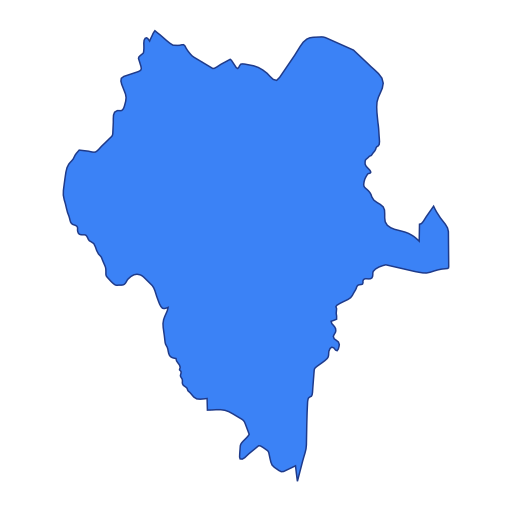 the State of Durango
{"feature_id": "MEX-2710", "entity_name": "Durango", "entity_type": "State", "adm_level": 1, "iso_a3": "MEX", "parent_name": "Mexico", "parent_adm1": "", "projection": "natural_earth1", "projection_center": [-104.93, 24.579], "detail": "fine", "context": "isolated", "style": "filled", "palette": "blue", "viewbox_px": 512, "rotation_deg": 0, "n_neighbors": 0, "source": "natural_earth", "source_scale": "10m", "svg_char_len": 5980}
<svg xmlns="http://www.w3.org/2000/svg" viewBox="0 0 512 512"><path d="M82.0,234.8L80.4,234.6L79.2,234.1L78.3,233.1L77.7,231.4L77.5,230.0L77.6,228.7L77.5,227.4L76.8,226.2L75.5,225.4L72.7,224.4L71.5,223.5L70.6,222.1L70.0,220.2L69.5,218.1L69.0,216.4L67.5,212.4L66.4,208.1L65.4,203.8L64.2,199.7L63.3,195.1L63.4,190.4L64.0,185.7L64.6,181.1L65.2,176.9L65.9,172.2L67.0,167.7L68.8,164.1L70.3,162.3L71.8,160.7L73.2,159.0L75.2,155.0L76.4,153.3L79.2,150.1L88.6,151.2L90.2,151.6L92.1,152.0L93.9,152.2L95.5,152.0L97.1,150.9L98.8,149.3L100.4,147.5L101.8,146.0L108.0,140.0L109.5,138.5L110.8,137.3L111.8,136.3L112.5,135.1L112.8,133.4L113.3,122.5L113.3,118.7L113.5,115.1L114.6,112.2L117.3,110.6L118.8,110.6L120.3,110.7L121.7,110.5L123.0,109.3L123.9,107.6L124.6,105.4L125.7,101.2L126.1,97.6L125.5,94.1L124.2,90.7L121.7,84.3L120.9,81.1L121.3,78.3L123.9,76.4L138.3,71.6L139.9,70.8L140.9,69.9L141.3,68.7L141.0,66.6L140.4,64.6L139.8,62.6L138.5,58.5L138.8,57.1L140.2,55.6L143.1,53.3L143.5,52.5L143.7,51.2L143.9,48.7L143.9,46.2L143.8,43.2L144.1,40.3L145.2,38.3L146.6,37.8L147.7,38.5L148.7,39.8L149.6,41.1L150.4,39.2L152.2,35.5L153.0,33.6L153.5,32.8L153.9,32.1L154.9,30.7L156.2,31.8L157.4,32.8L160.0,34.8L163.1,37.5L166.4,40.4L169.7,43.1L173.0,45.2L177.4,45.4L179.6,45.3L181.6,44.8L183.6,44.7L185.0,46.0L186.1,48.2L187.5,50.4L189.0,52.4L190.5,54.2L192.1,55.9L193.9,57.2L212.8,68.5L214.4,68.3L216.8,67.0L220.9,64.3L230.2,59.3L231.4,60.3L233.2,63.0L236.3,67.7L237.7,68.5L238.8,67.3L239.8,65.4L240.9,64.1L242.7,63.9L244.8,64.1L253.7,65.8L258.4,67.5L262.8,70.0L267.1,73.3L269.9,76.3L273.2,79.4L276.6,80.4L279.7,77.3L294.6,55.4L297.4,50.9L300.2,46.4L303.2,42.2L306.8,39.1L309.8,37.8L313.1,37.3L319.6,37.0L321.8,36.9L323.6,37.1L325.4,37.6L327.5,38.5L353.5,50.1L357.6,54.0L364.2,60.2L367.5,63.3L370.8,66.5L374.4,69.7L378.5,73.6L381.9,78.1L383.2,83.2L382.3,88.2L380.4,92.7L378.4,97.2L377.0,102.0L376.7,107.0L376.9,112.2L377.4,117.4L377.9,122.4L378.3,125.3L378.6,128.2L378.8,131.0L379.1,136.0L379.3,138.4L379.5,141.6L379.2,144.4L378.2,145.9L376.7,146.8L376.0,148.0L375.6,149.4L374.7,151.0L373.2,152.8L372.5,153.7L371.8,154.8L371.2,155.5L370.2,155.9L369.3,156.3L368.5,157.2L367.4,158.2L366.3,159.1L365.4,160.1L365.1,161.7L365.1,164.0L365.8,165.7L366.9,167.1L369.0,169.3L369.9,170.3L370.6,171.5L370.7,172.5L370.1,173.1L369.3,173.4L368.3,173.6L367.6,174.1L366.1,176.5L364.9,178.9L364.1,181.6L363.7,184.4L363.9,186.1L364.6,187.3L365.6,188.3L366.8,189.3L368.5,190.9L369.9,192.6L371.0,194.5L371.8,196.9L373.8,200.1L376.9,202.4L380.4,204.5L383.2,206.9L384.5,210.0L384.7,213.8L384.7,217.9L385.2,221.8L387.3,225.3L390.7,227.7L394.5,229.3L398.0,230.2L401.5,231.1L405.1,232.1L408.5,233.4L411.8,235.2L413.7,236.4L415.6,237.9L417.5,239.6L419.2,241.2L419.5,224.2L421.4,223.6L423.3,221.4L426.3,216.6L433.6,206.2L435.1,209.3L436.7,212.2L438.5,215.0L440.3,217.8L445.3,224.2L447.5,227.9L448.4,231.6L448.7,266.5L448.5,267.9L447.5,268.5L441.6,269.1L437.8,269.9L434.0,271.0L430.3,272.2L426.5,273.0L422.9,272.9L419.2,272.3L415.3,271.6L385.8,264.8L382.8,265.6L379.0,267.0L375.5,269.0L373.2,271.4L372.8,273.0L372.8,274.7L372.6,276.4L371.9,277.9L370.6,278.7L368.9,278.9L365.7,278.7L364.4,279.0L363.4,279.8L362.9,281.1L363.0,282.7L362.5,284.1L361.3,284.5L359.7,284.7L358.3,285.0L357.2,286.0L356.6,287.2L356.2,288.5L355.5,289.9L353.7,292.9L352.3,295.5L350.6,297.7L347.9,299.5L343.3,301.7L339.9,303.4L336.8,305.3L335.9,306.7L336.6,308.7L336.4,311.0L336.2,313.4L336.6,316.0L336.6,319.2L333.7,320.4L331.1,321.3L331.8,323.6L333.2,325.1L334.6,326.8L335.6,328.7L335.8,330.9L335.4,332.4L334.6,333.7L333.9,335.0L333.3,336.4L334.2,338.8L336.3,340.3L338.4,342.0L339.3,344.5L339.0,346.5L338.3,349.0L337.1,350.7L335.6,350.1L333.7,347.8L331.8,347.2L330.1,348.4L328.9,351.2L328.7,353.1L328.6,355.1L328.2,356.9L327.2,358.5L324.9,360.6L322.4,362.5L317.3,366.1L315.6,367.5L314.6,368.6L314.2,370.1L314.0,372.6L312.8,387.9L312.5,392.4L312.1,394.8L311.4,396.2L309.6,397.1L308.5,398.0L308.0,399.3L307.6,401.7L307.1,412.5L306.8,423.3L306.4,444.9L306.0,448.9L305.0,453.0L303.8,457.0L302.7,460.9L297.4,481.3L296.9,477.4L296.4,473.5L295.5,465.8L283.6,471.5L281.3,471.7L278.9,470.5L274.3,467.3L272.1,465.1L270.9,462.2L270.1,458.9L269.1,454.2L268.8,452.8L268.3,451.6L267.6,450.7L265.8,449.4L263.1,447.5L260.4,445.9L258.7,445.7L248.7,453.9L246.9,455.6L244.7,457.7L242.3,459.1L240.1,458.9L239.6,457.0L239.7,454.0L240.3,445.8L240.8,444.2L241.7,442.8L243.3,441.0L246.6,437.7L248.4,435.6L249.2,434.3L245.3,423.9L244.4,421.8L243.5,420.6L242.4,419.6L240.6,418.5L236.9,416.3L232.9,413.9L228.9,411.7L224.9,410.3L220.7,409.7L216.2,409.7L211.7,410.0L207.4,410.1L207.1,398.5L203.7,398.9L200.2,399.2L196.8,398.9L194.0,397.2L192.7,395.8L191.3,394.1L189.9,392.5L188.6,391.4L188.0,390.8L187.6,389.9L187.3,389.0L187.0,388.2L185.8,387.1L184.5,386.2L183.3,385.3L182.5,383.8L182.3,382.7L182.4,381.6L182.4,380.4L182.2,379.2L181.5,378.0L180.8,376.9L180.4,375.8L180.7,374.3L181.0,373.3L181.1,372.2L180.9,371.3L179.5,369.8L179.7,369.0L180.0,368.1L180.2,367.2L179.4,364.9L177.9,362.9L176.5,360.8L176.0,358.5L174.7,358.3L173.4,358.0L172.2,357.6L171.0,357.0L169.6,355.6L168.7,353.5L168.2,351.2L167.8,349.0L167.2,347.2L166.3,345.6L165.5,344.0L165.1,342.3L164.3,335.5L163.2,327.6L163.0,323.6L163.6,319.7L164.7,316.6L166.0,313.7L167.3,310.7L168.1,307.4L166.0,308.2L164.1,308.6L162.4,308.2L160.9,306.5L159.6,304.1L158.6,301.6L156.7,296.4L154.9,290.7L153.7,287.8L152.2,285.5L144.0,277.4L143.1,276.6L142.3,276.0L141.3,275.4L140.4,274.9L137.0,274.2L133.9,274.8L130.9,276.5L128.1,279.0L127.1,280.3L126.3,281.8L125.4,283.2L124.3,284.3L123.0,284.9L121.6,285.1L120.2,285.1L118.8,285.1L117.0,285.3L115.7,285.1L114.5,284.5L112.9,283.2L111.4,281.8L109.9,280.2L107.1,277.1L106.2,275.8L105.9,274.3L105.9,272.7L105.9,271.1L105.8,269.0L105.5,267.3L104.9,265.7L103.1,261.6L102.6,260.4L102.1,259.1L101.4,257.3L100.6,256.2L98.5,254.0L96.7,250.6L95.4,246.9L93.8,243.6L91.0,241.7L89.4,240.8L88.4,239.5L87.7,237.9L86.7,236.1L85.7,235.1L84.5,234.8L82.0,234.8Z" fill="#3b82f6" stroke="#1e3a8a" stroke-width="1.5"/></svg>